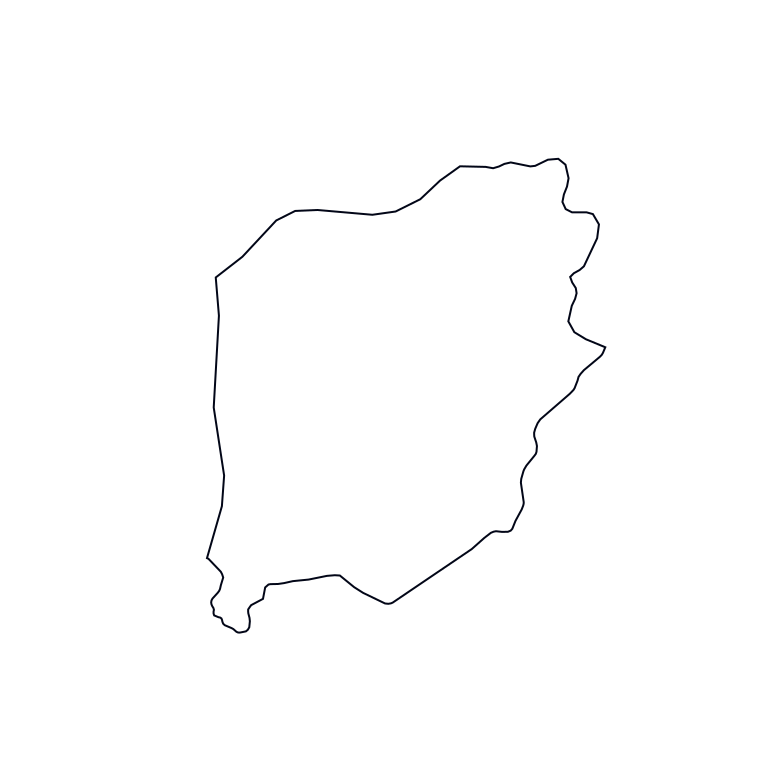 the Province of Narathiwat, rotated 226°
{"feature_id": "THA-493", "entity_name": "Narathiwat", "entity_type": "Province", "adm_level": 1, "iso_a3": "THA", "parent_name": "Thailand", "parent_adm1": "", "projection": "robinson", "projection_center": [101.624, 6.183], "detail": "fine", "context": "isolated", "style": "outline", "palette": "ink", "viewbox_px": 768, "rotation_deg": 226, "n_neighbors": 0, "source": "natural_earth", "source_scale": "10m", "svg_char_len": 1954}
<svg xmlns="http://www.w3.org/2000/svg" viewBox="0 0 768 768"><g transform="rotate(226 384 384)"><path d="M577.5,337.0L573.9,370.5L576.5,420.1L570.2,440.3L555.3,457.1L513.8,493.2L500.0,512.2L491.7,538.5L491.4,565.6L487.8,589.9L469.6,607.9L463.4,612.4L460.6,617.8L458.7,623.5L455.3,629.1L438.9,640.4L435.9,644.3L431.5,657.7L424.9,665.8L415.7,666.9L403.8,659.7L398.9,652.8L395.4,645.1L391.0,638.8L383.6,636.2L376.9,638.5L367.2,648.5L366.7,649.0L361.1,652.3L349.5,649.5L340.8,638.6L329.8,609.6L330.1,603.9L331.8,597.5L331.7,592.3L326.3,589.9L319.8,588.6L315.5,585.6L312.5,580.6L309.8,573.4L301.0,560.1L289.0,556.9L276.0,560.3L256.7,568.7L254.3,563.1L253.7,560.9L253.6,558.3L255.1,537.4L254.7,532.4L254.0,528.9L252.0,525.6L248.6,518.2L248.1,516.2L247.9,510.9L250.0,471.9L249.1,467.3L246.7,461.6L244.7,458.2L243.1,456.7L241.8,455.6L236.2,452.9L233.1,450.9L229.3,446.6L228.3,444.7L227.9,442.4L226.4,429.8L225.2,425.5L224.4,423.7L220.4,416.8L217.9,413.9L201.9,402.4L200.8,401.2L199.8,399.6L198.1,395.9L194.2,383.5L190.7,375.7L190.5,373.3L191.6,370.5L195.6,366.2L200.3,362.3L201.6,360.3L202.7,357.5L203.6,349.4L204.3,332.5L220.7,238.4L221.4,236.6L222.9,234.4L225.4,232.3L248.2,223.9L258.6,221.4L276.9,219.2L280.6,215.8L285.6,209.7L295.7,193.9L305.5,181.5L310.2,173.8L313.8,168.8L318.9,163.3L320.0,161.6L320.2,157.2L313.5,147.7L317.2,134.8L316.8,132.5L316.2,129.7L314.8,128.3L313.3,127.1L309.2,124.8L306.5,122.7L302.6,118.1L301.8,115.3L302.0,112.8L305.0,108.1L305.8,107.1L306.8,106.3L308.3,105.7L312.3,105.4L314.3,104.8L321.1,101.9L323.3,101.8L325.2,102.6L326.8,103.6L328.3,104.2L329.8,103.9L331.3,102.9L335.5,101.1L337.2,101.9L338.6,103.2L339.7,104.8L341.4,105.7L343.4,106.1L345.3,106.8L346.9,107.9L348.1,109.5L348.8,111.6L349.3,119.4L349.7,121.8L350.5,123.7L352.6,126.9L356.5,133.9L359.6,135.4L362.3,136.2L380.2,136.3L381.7,135.7L408.7,182.5L429.2,205.4L485.4,245.2L547.8,312.7L577.3,336.8L577.5,337.0Z" fill="none" stroke="#020617" stroke-width="2"/></g></svg>